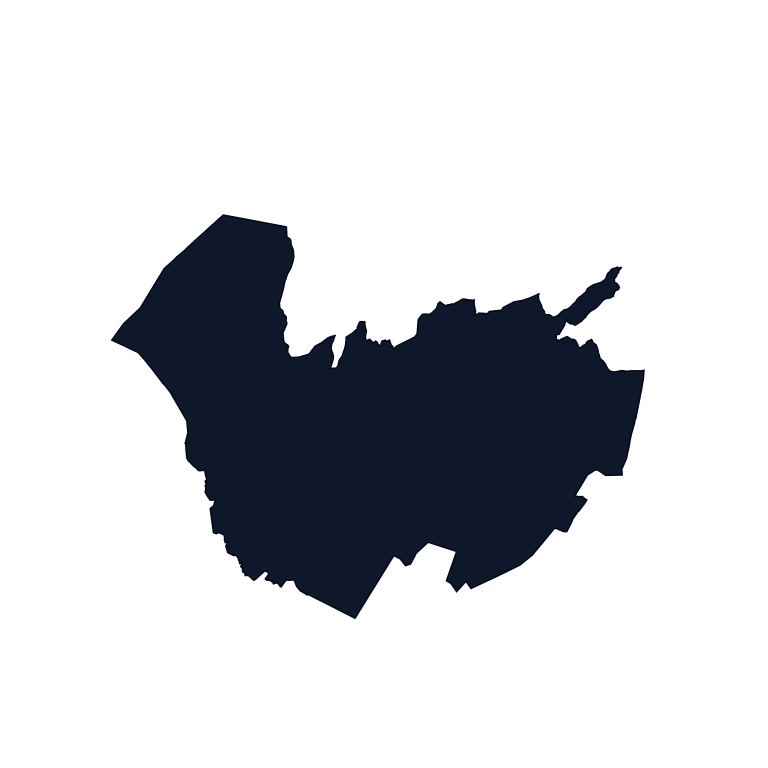 Elkšņu pag., Viesites, Latvia, rotated 127°
{"feature_id": "27541924B76488433422396", "entity_name": "Elkšņu pag.", "entity_type": "district", "adm_level": 2, "iso_a3": "LVA", "parent_name": "Latvia", "parent_adm1": "Viesites", "projection": "natural_earth1", "projection_center": [25.573, 56.224], "detail": "fine", "context": "isolated", "style": "filled", "palette": "ink", "viewbox_px": 768, "rotation_deg": 127, "n_neighbors": 0, "source": "geoboundaries", "source_scale": "gbopen_adm2", "svg_char_len": 6171}
<svg xmlns="http://www.w3.org/2000/svg" viewBox="0 0 768 768"><g transform="rotate(127 384 384)"><path d="M317.3,556.5L345.8,614.1L392.0,622.9L397.0,623.6L408.3,626.2L409.9,626.2L424.0,629.0L470.2,624.4L492.3,628.2L512.8,627.8L509.7,613.7L508.7,608.4L506.8,599.3L509.1,588.2L510.4,583.6L511.2,579.8L516.1,562.6L516.7,560.4L516.8,558.8L518.9,550.9L520.5,546.2L520.8,546.2L528.2,528.4L532.1,519.3L541.0,511.2L551.0,507.1L550.7,506.8L550.7,506.6L555.9,502.3L561.5,497.2L562.1,496.3L563.1,494.1L563.2,492.0L563.8,489.2L564.2,485.4L564.1,484.0L564.8,480.1L563.4,478.1L561.5,476.1L561.0,475.4L561.1,475.0L565.0,470.7L565.7,469.4L566.9,468.3L567.6,468.1L568.9,468.3L569.4,468.1L570.9,465.9L571.3,465.6L572.8,465.6L573.3,464.6L573.9,464.0L576.8,462.2L577.9,461.9L580.0,457.3L580.9,454.3L581.4,453.1L580.5,451.7L578.0,449.1L583.5,446.9L584.9,447.0L588.1,447.8L605.3,430.8L605.3,430.2L604.4,427.8L603.9,427.4L602.2,427.0L600.8,420.8L601.7,420.0L602.0,419.1L603.6,418.3L604.8,417.3L605.5,416.0L606.0,415.8L606.1,415.2L605.2,415.3L605.0,414.3L603.7,413.3L607.1,413.2L608.6,412.8L612.7,407.3L611.4,400.5L610.4,399.9L609.9,398.7L610.7,395.9L612.3,393.8L613.1,392.3L614.0,391.5L614.1,391.1L614.2,390.8L613.1,389.4L613.1,389.0L613.7,388.5L614.9,388.7L616.0,388.5L616.1,388.0L615.9,387.1L616.2,386.4L619.0,383.9L619.1,383.3L618.6,382.2L618.5,381.4L619.9,380.4L620.4,379.5L619.5,378.3L618.5,377.3L619.1,370.1L618.7,369.7L617.8,369.2L605.9,366.9L605.2,366.3L604.3,366.0L604.4,362.6L605.3,361.7L609.8,361.5L610.2,361.7L611.1,361.4L611.0,361.0L611.3,360.6L611.0,359.3L610.1,358.2L609.1,355.5L609.5,354.4L608.9,353.5L609.1,353.0L610.2,352.3L610.2,352.1L607.5,350.1L607.2,349.3L607.2,348.1L608.2,344.8L608.0,344.1L599.0,344.2L598.7,343.8L598.8,342.8L594.6,338.0L598.3,331.7L599.6,325.9L599.3,324.7L598.6,318.3L597.8,318.4L588.5,266.2L515.1,272.9L513.9,265.8L516.1,257.5L511.7,254.5L499.6,256.4L483.8,253.6L474.0,225.2L503.6,215.7L503.1,211.9L503.1,209.9L506.1,201.1L492.2,199.7L494.9,191.5L467.8,177.1L447.0,166.6L431.5,162.6L396.6,161.0L395.4,158.7L395.0,156.6L394.1,153.0L393.3,150.8L391.8,149.2L380.5,151.2L379.1,151.8L377.6,152.0L369.3,152.3L368.3,151.9L357.7,151.9L354.5,152.4L354.7,154.2L354.5,157.8L357.0,161.0L357.4,161.9L358.8,163.9L355.5,164.6L334.3,166.8L325.4,163.6L324.0,161.2L323.6,152.0L313.3,139.0L309.0,142.8L297.3,145.6L292.1,148.2L286.9,150.4L280.1,154.0L274.4,156.6L264.6,160.3L261.2,162.2L260.6,161.9L233.8,174.8L223.6,180.1L216.6,184.6L218.6,186.3L224.5,194.3L228.1,198.1L228.9,199.2L228.6,199.3L230.2,202.2L235.2,206.7L236.1,207.7L237.5,210.8L237.6,211.9L237.4,213.7L236.8,215.3L234.8,219.3L233.7,223.2L233.8,225.2L233.3,227.1L231.1,229.9L230.0,231.8L228.0,233.7L225.7,237.0L225.2,237.8L225.1,238.8L225.2,241.5L223.5,245.0L227.1,246.9L228.7,247.3L231.5,246.8L233.2,248.1L234.2,248.2L237.2,249.1L237.5,250.7L236.4,252.3L233.9,257.3L234.3,259.4L235.7,261.6L235.8,265.6L236.1,266.4L241.6,269.5L243.8,270.0L244.7,273.6L240.7,276.0L239.1,274.1L228.6,275.2L224.1,277.0L223.7,271.8L223.9,271.4L222.4,270.0L222.5,269.3L222.0,266.7L214.0,263.8L213.8,264.3L209.4,263.2L206.8,263.5L203.0,263.1L201.0,262.6L196.4,260.6L191.1,259.8L186.1,259.5L184.5,259.2L183.0,258.6L181.6,257.6L179.3,255.3L175.9,253.7L175.5,253.7L175.1,254.2L175.0,254.8L173.9,254.8L173.4,254.4L173.1,254.7L173.4,254.9L173.4,255.2L172.1,255.0L171.3,255.2L170.5,255.1L170.1,255.4L168.9,254.3L168.3,254.4L167.2,253.6L166.9,254.0L165.3,254.0L164.7,255.5L163.9,256.1L164.6,257.3L164.2,258.0L163.5,258.3L163.5,258.5L164.0,259.3L163.7,259.8L164.0,261.0L163.5,262.0L162.4,262.3L162.3,263.0L161.5,263.5L161.2,263.2L159.6,263.3L159.2,263.2L158.9,263.4L158.2,263.2L157.2,263.5L156.1,264.3L155.7,264.3L155.8,263.8L155.7,263.7L154.5,264.1L153.8,263.7L153.6,263.8L153.5,264.1L151.2,264.7L149.9,264.5L147.6,264.7L149.0,265.3L149.6,265.8L150.0,266.3L150.2,267.8L150.7,268.1L150.8,268.4L151.9,268.8L154.8,271.0L155.9,271.4L158.3,271.3L161.4,271.9L162.3,271.4L164.3,271.1L165.8,270.4L166.9,270.3L168.8,270.7L172.5,271.9L173.0,272.4L178.1,276.0L179.6,276.9L184.5,278.6L185.6,278.8L189.7,278.1L191.2,278.7L194.8,279.4L197.0,280.3L201.1,280.8L201.7,280.4L202.8,280.3L205.7,280.9L210.1,281.4L213.3,282.3L216.9,284.9L220.4,285.8L224.0,286.2L226.1,287.1L228.2,288.3L228.7,288.9L229.0,290.2L228.9,291.6L229.3,294.1L231.2,296.3L231.3,296.9L230.9,298.4L229.6,299.4L228.3,303.6L227.0,304.7L223.3,311.5L221.3,313.2L219.9,314.2L218.9,314.5L219.9,315.4L220.8,315.5L228.6,320.0L234.1,323.9L240.2,329.6L251.6,335.0L254.1,334.3L262.7,343.5L265.6,343.7L270.1,350.7L274.9,352.9L271.3,354.2L265.7,360.4L262.6,362.6L263.2,362.9L264.5,364.8L267.6,370.1L267.4,370.1L267.7,370.7L268.8,372.2L269.7,372.8L272.2,373.6L278.1,376.5L279.8,378.5L281.7,379.5L281.8,380.2L284.7,382.3L284.7,388.4L285.0,388.8L287.2,389.2L291.9,387.6L295.3,388.0L296.8,388.4L297.6,388.3L301.1,389.6L302.3,391.3L302.8,392.4L304.7,394.8L305.7,395.3L311.4,395.5L313.5,394.5L322.7,388.5L324.4,387.8L327.7,387.7L330.9,389.1L346.1,396.7L350.2,397.1L349.8,398.5L348.6,399.6L348.9,401.4L345.6,406.0L346.8,406.7L348.5,407.3L348.1,409.3L351.1,411.5L354.9,410.1L356.3,411.2L354.7,415.0L354.8,416.4L357.6,417.3L356.9,422.4L359.8,423.7L359.1,426.0L357.1,427.5L352.1,430.1L350.0,433.0L348.1,435.0L346.6,436.1L345.9,436.8L348.5,440.5L350.2,440.6L354.8,439.4L355.8,438.5L361.9,439.7L369.5,442.4L371.5,440.8L376.5,437.9L379.5,436.7L387.0,434.2L392.3,434.0L396.5,431.9L399.9,431.5L403.1,435.3L403.5,436.0L402.0,436.9L396.1,439.0L392.8,440.6L390.1,443.7L389.3,445.3L387.3,447.7L383.2,450.0L379.7,450.6L375.6,452.1L374.1,452.3L375.8,452.9L377.1,454.2L381.1,456.7L383.4,457.1L384.9,457.7L389.3,458.9L390.3,459.6L392.5,460.4L395.3,461.8L404.7,461.8L405.5,462.0L413.7,468.0L417.0,471.8L418.8,474.5L416.8,479.7L416.5,480.1L414.1,481.8L411.7,482.7L411.1,483.4L410.9,484.5L411.0,487.5L410.9,488.3L409.7,490.2L408.7,491.2L403.9,495.5L393.9,498.0L392.5,500.3L389.5,502.2L389.0,503.3L388.6,506.6L386.5,508.6L386.1,512.8L382.3,516.3L370.9,520.7L361.3,525.1L358.5,525.7L357.2,526.4L354.4,527.2L346.9,528.3L345.0,529.1L341.6,530.2L336.8,532.5L331.9,536.7L329.5,540.3L329.2,541.4L325.5,544.8L325.0,545.5L324.7,547.2L325.0,549.5L324.7,550.3L317.3,556.5Z" fill="#0f172a" stroke="#020617" stroke-width="1.5"/></g></svg>